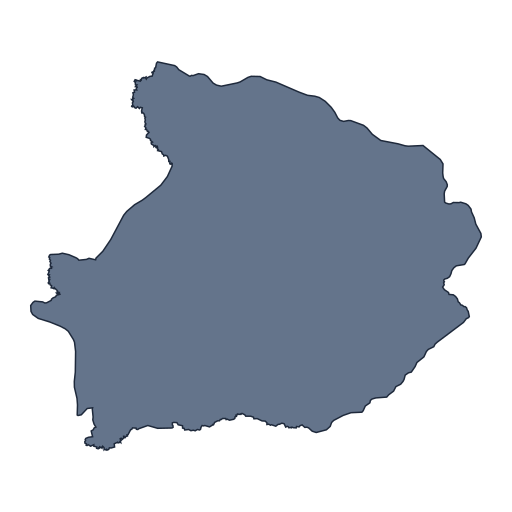 Sa Bot, Lop Buri, Thailand (Mercator projection)
{"feature_id": "78962969B19541644764840", "entity_name": "Sa Bot", "entity_type": "district", "adm_level": 2, "iso_a3": "THA", "parent_name": "Thailand", "parent_adm1": "Lop Buri", "projection": "mercator", "projection_center": [100.826, 15.236], "detail": "fine", "context": "isolated", "style": "filled", "palette": "slate", "viewbox_px": 512, "rotation_deg": 0, "n_neighbors": 0, "source": "geoboundaries", "source_scale": "gbopen_adm2", "svg_char_len": 5947}
<svg xmlns="http://www.w3.org/2000/svg" viewBox="0 0 512 512"><path d="M423.0,145.5L408.3,146.2L405.1,145.8L398.0,143.8L380.8,140.5L372.3,134.3L367.0,128.0L363.5,125.3L350.7,120.6L348.4,120.5L343.6,121.4L339.9,120.3L337.7,117.9L334.8,112.3L331.2,107.3L325.2,101.3L319.3,97.5L314.8,96.2L307.5,95.3L299.0,92.1L275.9,82.1L266.8,79.8L260.1,76.5L251.2,76.3L247.9,77.4L240.2,81.9L237.3,82.9L221.3,86.2L216.5,85.1L213.1,83.1L207.5,76.5L204.1,74.5L198.5,73.7L193.1,75.6L191.4,75.4L190.3,76.2L189.4,76.1L178.8,69.7L176.7,67.0L174.7,65.6L157.6,61.9L156.5,63.2L155.6,67.7L154.6,68.2L154.6,69.8L153.9,70.3L154.3,71.2L151.9,72.3L151.9,72.7L153.2,73.1L152.1,76.2L150.1,76.3L146.9,78.0L146.3,79.1L145.5,77.9L145.8,77.1L143.8,78.0L143.4,77.5L141.6,78.4L141.2,80.2L140.4,79.8L140.2,81.2L137.5,80.4L136.3,80.9L136.3,80.0L135.1,79.7L134.2,81.4L135.3,82.3L135.4,84.7L136.9,84.9L135.5,86.6L137.0,86.8L137.2,87.4L136.5,87.9L136.2,89.2L136.7,89.9L134.1,90.0L134.5,92.3L132.9,92.8L133.4,94.7L132.7,97.3L133.7,98.3L132.6,98.7L132.9,99.9L131.8,99.7L133.3,101.6L132.4,102.8L132.9,105.7L131.9,105.8L131.7,106.5L132.8,106.9L133.8,106.3L134.9,107.8L136.0,108.2L137.6,106.7L139.4,108.5L140.4,107.3L142.3,107.8L141.5,111.1L141.9,111.5L141.7,112.6L142.0,113.1L142.7,112.8L143.6,113.3L144.4,114.7L144.6,116.7L145.5,117.2L144.9,118.4L145.4,120.2L144.9,121.2L145.1,122.7L145.9,123.9L145.2,124.4L145.5,125.1L144.6,126.3L145.9,127.9L145.4,129.4L146.6,129.5L147.4,131.5L148.2,131.3L149.0,132.4L146.5,135.0L146.2,137.3L149.3,138.3L150.5,139.3L150.5,140.5L152.5,142.1L151.1,142.9L151.5,144.1L153.8,145.5L153.9,146.6L155.2,145.5L155.8,145.8L155.9,146.9L157.3,146.3L157.5,147.2L156.6,147.8L157.6,148.2L157.5,149.1L158.3,149.6L157.7,150.6L161.5,151.6L162.2,153.8L163.7,154.9L163.8,156.0L165.7,155.3L167.4,156.2L168.7,159.5L168.8,161.5L169.9,161.4L169.8,163.8L170.8,164.2L171.7,163.1L172.2,163.5L172.1,166.2L167.4,176.5L160.8,185.2L145.5,197.8L142.1,200.3L134.6,204.7L126.8,211.4L123.7,215.2L110.7,239.6L102.8,251.3L96.0,258.1L95.6,259.8L89.0,258.3L86.5,259.4L78.9,260.2L77.6,258.7L75.9,257.7L68.9,254.7L62.3,253.2L58.7,254.2L50.7,254.5L49.6,255.1L48.8,257.0L49.7,257.5L49.4,259.2L50.5,260.2L49.9,261.5L51.0,263.2L50.3,264.2L50.3,266.0L51.8,266.9L51.0,267.2L51.4,268.3L49.7,268.4L48.9,269.5L49.2,270.3L48.3,270.5L49.2,271.6L47.9,274.4L49.3,274.8L48.6,275.6L49.5,276.4L49.0,277.1L49.5,277.6L48.5,277.8L48.8,279.7L49.6,279.8L48.9,281.0L49.2,281.5L48.2,282.9L48.7,283.7L49.8,283.3L50.1,284.8L51.6,285.7L51.1,287.8L53.5,288.3L54.2,287.7L54.3,288.3L53.5,289.0L55.1,288.5L57.4,290.7L57.7,291.6L56.9,292.1L58.7,292.4L57.1,293.5L58.5,293.9L59.5,293.5L59.9,294.3L56.4,295.3L55.6,296.8L53.0,297.9L51.5,299.2L51.2,300.4L46.6,302.8L44.8,303.0L42.7,301.9L34.9,301.1L33.0,302.4L30.7,305.5L31.0,311.4L32.7,314.5L38.2,318.4L49.8,322.0L60.0,326.1L65.2,328.8L68.3,331.3L73.4,339.5L74.5,342.2L75.6,351.5L75.3,372.2L74.3,381.4L74.4,387.2L77.0,398.4L77.5,405.0L77.2,415.0L78.0,415.5L81.3,414.8L87.2,408.5L92.6,407.8L92.3,409.1L93.1,417.0L92.8,419.9L94.1,424.2L95.9,427.1L94.2,427.9L93.2,429.8L91.2,431.0L92.6,436.7L88.4,437.3L85.8,438.4L85.2,439.5L85.6,440.5L84.8,441.7L85.0,443.2L86.4,443.8L86.2,445.3L87.1,445.5L88.2,444.7L90.6,446.2L93.8,444.7L93.8,446.2L96.8,447.0L96.6,448.3L97.9,448.7L99.7,446.8L100.0,447.2L99.7,448.0L101.1,447.2L102.0,448.2L102.7,446.3L104.0,447.6L104.1,449.7L104.6,449.2L106.2,450.1L106.7,449.3L107.6,450.0L108.8,449.3L109.4,447.8L111.1,448.0L114.6,447.0L114.2,443.8L117.6,442.2L118.0,442.9L119.1,442.7L119.8,441.8L120.7,442.5L120.4,440.9L121.2,440.3L120.1,438.9L121.1,438.2L122.5,439.3L123.7,437.8L123.6,436.3L124.1,436.3L124.4,437.6L124.9,437.8L125.9,436.5L127.4,436.0L127.0,434.9L128.0,434.7L130.7,429.6L131.7,429.4L132.5,427.9L136.1,428.1L136.4,429.3L137.8,429.5L138.8,428.7L147.8,425.5L157.6,428.3L172.0,428.0L173.1,427.3L172.9,425.4L172.3,424.9L172.4,422.8L173.7,422.4L176.9,422.6L178.2,424.8L182.5,425.7L182.6,428.1L184.2,428.4L184.7,430.0L188.7,429.5L190.9,430.7L193.3,430.2L195.2,430.8L197.3,429.5L199.7,430.0L200.7,429.0L200.8,427.7L202.1,425.5L203.7,425.9L204.8,425.5L209.5,426.9L212.3,425.2L212.7,424.5L213.5,424.8L214.6,422.4L217.7,420.8L219.5,420.8L220.3,419.5L221.3,419.5L222.5,418.5L225.7,418.5L226.1,419.6L227.3,419.2L229.5,420.2L233.6,419.3L234.8,418.5L235.0,416.9L236.4,416.4L235.9,415.2L237.5,414.8L237.5,414.0L239.7,414.4L240.7,413.9L241.0,414.3L242.0,413.4L244.8,414.8L245.7,416.2L250.7,416.2L253.5,417.2L253.9,418.8L257.2,418.6L262.0,420.9L265.2,421.1L266.9,422.7L266.9,424.5L268.7,424.2L270.5,425.2L271.4,424.7L275.8,426.2L278.0,424.4L279.7,424.2L281.8,423.2L284.1,423.7L285.7,427.1L287.1,426.3L288.2,426.7L288.9,427.8L290.3,427.4L291.2,427.9L291.9,427.1L293.2,427.7L296.2,427.9L296.5,426.5L299.1,426.9L300.0,425.7L302.1,424.9L304.8,427.4L306.8,427.2L308.5,427.8L312.2,431.2L316.2,432.5L326.4,429.8L330.2,426.4L331.6,422.5L333.7,420.4L343.2,415.4L351.0,412.7L361.9,412.2L363.2,410.7L365.3,406.0L369.9,402.8L370.4,400.4L372.1,399.0L375.9,397.9L386.7,397.1L388.7,394.8L393.6,391.1L395.9,386.6L400.7,384.2L403.1,381.3L404.1,379.3L405.2,375.1L408.5,372.8L411.3,372.1L415.1,366.6L416.9,362.5L423.9,356.9L426.4,351.5L428.3,349.4L433.8,346.7L435.0,344.2L437.2,342.2L463.5,322.4L466.3,318.7L468.6,317.6L469.3,316.5L468.2,311.3L467.2,309.9L466.5,307.7L465.1,306.6L463.9,306.6L462.4,305.3L460.8,304.9L459.4,302.7L458.2,301.8L457.4,298.9L455.6,296.5L453.3,294.8L449.0,294.4L448.5,292.5L444.4,289.7L442.6,287.1L444.2,284.8L443.6,282.8L444.4,281.8L443.7,280.9L443.9,279.8L444.8,279.0L447.3,278.3L449.6,276.7L451.0,273.7L451.8,270.6L453.9,267.7L456.4,265.8L464.3,264.5L465.0,263.9L468.3,258.1L476.0,248.2L481.3,236.9L480.9,233.5L475.8,224.1L474.2,217.8L471.5,211.9L471.0,209.1L468.2,205.4L465.9,203.8L460.7,202.2L458.9,202.6L453.3,202.5L451.0,203.8L448.9,204.0L445.7,203.0L444.6,202.1L444.2,193.8L444.6,191.2L447.2,186.5L447.3,184.7L446.2,181.8L443.6,178.5L443.1,176.4L442.7,173.0L443.0,163.9L440.3,159.5L423.0,145.5Z" fill="#64748b" stroke="#1e293b" stroke-width="1.5"/></svg>